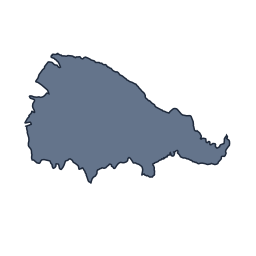 map outline of Tocantins (Mercator projection), rotated 101°
{"feature_id": "BRA-596", "entity_name": "Tocantins", "entity_type": "State", "adm_level": 1, "iso_a3": "BRA", "parent_name": "Brazil", "parent_adm1": "", "projection": "mercator", "projection_center": [-48.148, -9.274], "detail": "fine", "context": "isolated", "style": "filled", "palette": "slate", "viewbox_px": 256, "rotation_deg": 101, "n_neighbors": 0, "source": "natural_earth", "source_scale": "10m", "svg_char_len": 5863}
<svg xmlns="http://www.w3.org/2000/svg" viewBox="0 0 256 256"><g transform="rotate(101 128 128)"><path d="M189.5,153.8L188.8,154.2L188.5,154.9L188.2,156.1L187.4,157.0L183.3,159.3L182.5,159.9L181.3,160.2L180.1,161.4L178.7,162.1L177.6,163.3L176.0,164.6L175.9,165.4L176.7,165.8L176.8,166.3L177.7,167.7L177.8,168.1L177.1,168.6L175.6,169.1L174.4,169.9L172.8,173.0L172.1,175.1L170.4,176.5L169.4,178.6L169.5,179.3L169.9,180.1L171.2,180.9L172.0,182.6L172.6,183.1L176.6,183.7L178.8,184.3L180.7,185.2L181.4,185.7L181.4,186.3L180.9,187.4L180.4,187.7L177.5,188.9L176.9,189.4L176.7,189.9L176.8,191.3L177.1,191.8L178.7,191.6L179.6,191.6L181.0,192.4L181.8,193.6L181.6,194.0L180.4,194.9L178.3,195.7L177.3,197.0L175.5,198.1L175.2,198.6L175.0,204.4L175.7,206.5L177.0,207.3L178.8,207.7L179.3,208.1L179.6,208.5L179.6,210.8L177.6,214.2L177.4,215.0L177.7,215.9L176.1,216.8L174.9,217.1L172.5,217.2L171.4,217.8L168.9,218.4L167.5,219.1L165.0,221.9L164.3,222.4L161.9,222.9L159.5,222.8L156.6,223.5L151.8,226.0L150.6,226.1L147.9,227.4L146.3,227.6L145.7,228.6L145.5,228.4L145.2,227.3L144.4,226.4L144.2,225.5L143.4,224.8L142.9,223.7L142.5,223.7L141.3,224.6L140.9,225.3L142.6,229.5L142.6,230.0L142.4,230.1L137.7,228.5L135.7,227.2L135.3,227.2L134.9,227.6L134.6,227.6L132.3,226.0L131.1,225.6L130.0,225.6L129.9,225.4L130.1,224.8L130.7,223.1L130.5,222.7L130.1,222.7L128.6,223.4L126.1,225.3L124.7,225.9L122.3,226.0L119.3,224.9L118.3,225.2L117.9,225.8L117.4,229.4L116.8,230.1L115.8,230.8L115.3,230.5L115.0,229.4L115.0,228.4L115.4,226.4L115.2,223.5L114.4,221.3L114.6,219.9L114.5,219.3L113.8,217.8L113.0,216.8L111.4,215.6L109.3,214.5L109.2,213.9L109.4,212.3L108.0,213.0L106.1,214.3L102.2,221.1L100.7,224.5L100.4,225.3L100.3,226.9L100.1,227.3L99.7,227.4L99.2,227.3L96.7,226.1L95.6,225.8L92.6,225.5L87.0,222.9L85.6,221.7L85.1,221.5L83.6,221.6L78.5,219.0L78.2,218.3L78.1,215.3L78.4,214.6L79.9,212.3L80.0,211.4L79.9,209.7L81.5,207.9L81.7,207.3L81.7,206.6L81.1,205.9L78.0,207.9L76.2,209.5L76.0,210.2L74.8,211.7L74.5,212.9L73.8,213.5L73.4,216.2L72.9,217.1L71.5,217.0L70.9,216.6L70.8,216.4L70.9,216.1L70.1,216.1L69.8,215.2L69.8,214.0L69.4,212.4L68.4,211.7L68.2,211.1L68.4,210.9L68.7,211.1L68.9,210.9L68.8,210.0L69.3,208.4L69.2,207.3L69.6,207.1L69.8,206.7L69.3,203.6L69.4,202.7L69.1,201.7L68.6,201.3L68.3,200.6L68.0,196.8L68.0,195.8L68.6,195.1L68.5,194.0L68.9,193.5L69.0,193.0L68.8,192.7L68.1,192.3L67.7,190.3L67.3,189.4L67.4,188.5L68.6,187.3L68.8,185.7L68.5,185.3L67.3,184.6L66.5,183.2L67.0,180.7L67.7,178.3L68.3,177.1L68.5,174.2L69.0,173.2L69.6,172.7L69.8,172.2L69.2,168.8L69.7,167.7L69.4,166.1L70.0,165.4L70.4,164.4L70.4,163.4L70.1,162.5L70.1,162.0L70.7,160.9L71.3,160.7L71.7,159.8L72.1,159.5L71.9,158.6L72.6,157.6L72.7,156.0L74.3,154.1L74.8,153.0L75.3,150.9L75.0,149.4L75.5,148.2L77.4,146.1L78.0,143.5L79.4,141.0L80.2,139.1L80.8,138.6L81.1,138.0L81.3,137.0L82.1,135.2L82.4,132.6L83.2,130.2L83.5,128.5L84.8,127.1L85.4,126.0L86.6,124.8L88.1,122.6L89.0,121.7L89.3,121.2L89.6,120.4L90.1,120.0L90.5,119.1L90.9,118.6L92.7,117.3L94.2,117.0L94.7,116.7L95.6,115.8L95.9,114.9L97.1,113.3L97.3,112.7L97.1,112.4L97.7,111.0L98.0,110.8L99.0,109.3L100.1,106.5L101.5,105.5L102.0,104.8L103.9,98.7L103.9,97.9L104.6,97.1L104.7,95.1L105.3,93.1L105.3,91.6L105.5,90.7L105.0,90.3L104.0,90.0L100.9,87.6L100.2,86.7L99.9,85.6L99.9,84.3L100.3,83.2L104.1,78.4L104.8,76.9L104.8,72.8L104.1,69.8L104.2,68.9L104.6,68.3L109.3,65.3L112.1,64.4L113.3,64.3L114.0,63.8L117.3,62.4L117.9,61.6L118.0,61.0L118.0,59.9L117.9,59.4L117.7,59.4L119.2,56.7L121.8,54.6L122.8,54.4L124.6,54.9L124.8,54.8L124.9,54.0L124.1,53.3L123.7,52.0L123.7,49.8L124.0,49.5L126.2,48.9L127.2,48.3L127.2,47.3L126.7,46.8L126.0,46.5L125.8,45.8L125.9,45.3L126.7,44.8L128.2,44.6L128.6,44.3L128.7,43.8L128.5,43.2L127.0,41.7L126.8,39.7L127.1,39.2L127.5,38.9L129.2,38.8L129.6,38.5L130.7,37.1L130.7,36.7L130.2,35.9L129.3,35.1L129.0,34.5L127.5,34.4L126.8,33.9L124.9,30.9L124.4,30.8L121.1,31.1L120.5,31.4L118.5,30.8L117.2,30.0L116.3,29.9L117.4,28.8L118.4,28.7L118.8,28.8L119.2,29.3L119.4,29.1L119.8,28.6L120.8,26.5L121.9,25.8L123.9,25.3L125.8,25.2L126.5,25.7L130.4,27.5L131.4,27.7L132.6,27.7L133.1,27.6L133.7,27.0L134.2,26.9L136.6,27.4L137.5,28.1L137.7,29.8L137.8,30.3L138.2,30.6L138.7,30.8L140.1,30.6L141.0,30.8L144.2,32.8L145.6,33.0L146.1,33.5L146.6,34.2L147.3,35.7L146.9,39.5L147.7,40.4L148.0,41.3L148.6,42.7L148.6,43.7L148.3,45.3L148.3,48.5L148.8,50.4L149.6,51.7L149.5,52.8L148.7,54.6L149.0,55.4L148.5,56.7L148.5,57.2L148.8,57.8L147.7,59.4L147.6,60.7L146.8,63.2L147.1,64.1L146.6,65.5L146.6,67.1L146.9,68.0L146.4,70.3L146.2,71.0L144.4,72.5L143.0,74.7L141.9,74.4L140.9,74.8L140.6,75.5L141.2,76.4L142.5,77.3L142.9,78.4L144.3,77.4L146.2,77.7L146.8,78.2L147.1,79.2L146.8,80.2L145.0,81.2L144.2,81.8L144.6,82.0L146.4,81.8L147.3,83.9L147.7,84.1L148.2,83.9L148.8,84.0L148.9,84.4L148.9,85.0L149.8,85.4L150.2,86.4L150.3,87.1L150.7,87.2L150.8,86.6L151.1,86.7L151.6,87.3L151.5,87.9L151.9,88.2L151.9,89.0L152.9,89.4L153.7,91.0L154.1,91.4L155.1,92.0L156.4,93.9L156.9,95.0L157.7,95.4L158.3,96.6L158.7,96.7L159.7,96.4L160.3,95.6L162.0,94.6L164.3,94.3L165.1,93.7L167.6,93.4L168.7,93.1L169.3,93.3L170.0,94.1L171.4,94.7L172.0,97.3L171.0,99.8L171.4,100.6L171.1,101.5L170.9,102.7L170.1,103.4L170.8,104.8L171.4,105.3L171.1,105.5L167.2,105.5L165.8,105.7L164.0,106.5L163.1,107.3L161.7,110.1L161.3,112.8L160.8,114.0L161.3,115.8L161.2,116.2L159.4,117.8L157.3,120.0L156.8,121.1L156.8,121.4L157.9,122.2L160.2,122.2L161.5,123.1L162.7,125.0L163.1,126.3L163.1,128.5L163.6,129.6L164.9,130.8L167.1,132.0L169.5,132.9L170.1,133.3L170.3,133.8L170.3,134.3L169.1,135.5L168.7,136.8L168.3,137.1L167.5,137.1L167.1,137.6L166.9,138.3L167.0,139.2L167.2,139.5L168.2,139.9L169.2,140.9L171.3,142.3L172.1,143.8L172.0,145.9L172.9,146.8L173.4,147.9L174.5,148.9L174.9,149.8L176.3,150.2L178.0,149.9L178.8,149.9L181.3,150.8L182.9,152.6L184.8,153.5L187.8,153.9L189.5,153.8Z" fill="#64748b" stroke="#1e293b" stroke-width="1.5"/></g></svg>